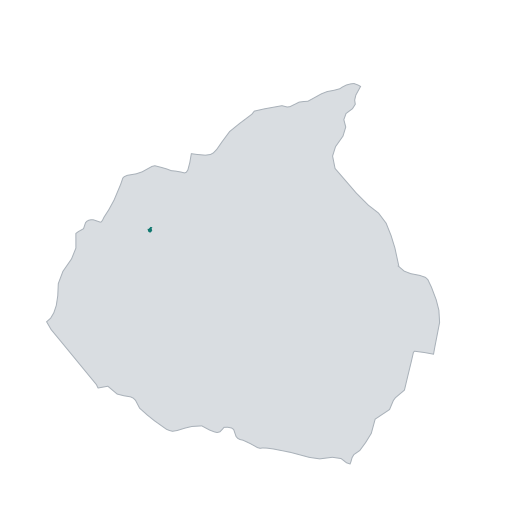 Gwanda Urban, Matabeleland South, Zimbabwe shown in context, rotated 101°
{"feature_id": "62879985B63510140227201", "entity_name": "Gwanda Urban", "entity_type": "district", "adm_level": 2, "iso_a3": "ZWE", "parent_name": "Zimbabwe", "parent_adm1": "Matabeleland South", "projection": "natural_earth1", "projection_center": [28.998, -20.935], "detail": "fine", "context": "in_parent", "style": "filled", "palette": "teal", "viewbox_px": 512, "rotation_deg": 101, "n_neighbors": 0, "source": "geoboundaries", "source_scale": "gbopen_adm2", "svg_char_len": 2643}
<svg xmlns="http://www.w3.org/2000/svg" viewBox="0 0 512 512"><g transform="rotate(101 256 256)"><path d="M360.5,449.0L356.2,445.7L350.2,443.6L342.7,442.6L332.9,443.0L320.8,444.8L307.9,442.6L294.0,436.5L282.6,434.3L268.8,437.0L268.2,437.1L265.9,435.0L262.1,430.5L255.9,429.7L254.2,428.7L252.8,427.0L251.9,424.9L251.5,422.5L252.5,415.2L252.0,414.4L250.3,413.5L246.9,412.6L238.6,409.3L228.2,406.0L211.4,402.5L204.9,401.6L203.3,400.5L201.4,397.8L198.2,389.3L195.1,383.8L187.9,375.2L186.7,372.5L187.1,365.7L187.6,360.2L188.4,355.5L188.0,351.1L187.9,345.7L188.1,342.0L187.1,340.4L184.5,339.3L177.0,338.8L167.9,339.0L167.6,333.5L166.7,324.9L165.0,320.0L162.9,317.5L158.7,314.8L150.3,311.1L138.8,305.6L128.9,297.3L117.6,287.1L114.1,285.3L109.9,275.7L103.5,259.2L103.8,253.8L102.9,251.1L96.7,243.0L95.3,238.8L94.2,234.6L84.3,222.7L81.0,217.5L78.4,210.9L75.8,205.6L73.7,203.5L70.9,199.9L68.9,195.7L68.0,192.7L68.7,188.5L69.6,185.7L79.0,188.7L84.1,188.9L88.1,187.5L93.0,189.4L98.9,194.8L105.4,195.8L112.3,192.5L121.7,193.5L133.5,198.8L143.3,199.9L155.0,195.1L165.3,182.0L175.1,169.6L184.7,155.4L190.5,143.9L199.0,134.5L210.2,127.3L221.6,121.2L239.1,113.7L239.1,113.8L242.6,107.6L243.8,100.9L243.8,91.5L244.7,85.5L246.5,82.7L249.4,80.6L253.2,77.8L264.7,70.7L274.4,66.1L286.2,63.1L299.1,63.1L311.5,63.1L318.5,63.0L318.6,72.0L319.2,82.2L320.5,83.1L329.9,83.4L344.9,84.1L359.3,84.7L368.5,92.1L371.6,93.6L381.2,95.6L393.4,107.9L408.1,109.0L418.2,112.8L427.1,117.0L432.2,122.0L435.5,123.2L440.0,123.6L442.2,124.0L441.7,127.7L438.6,133.8L439.0,142.6L443.0,154.8L443.5,165.4L442.2,184.1L442.1,202.2L442.5,208.7L443.2,213.0L444.0,215.3L443.8,218.0L441.3,225.6L439.3,233.6L439.2,236.8L438.5,239.1L437.0,241.1L430.6,244.8L429.5,247.1L429.5,251.2L430.3,254.7L432.6,256.0L435.5,257.9L436.7,260.5L436.6,263.3L435.7,268.4L433.1,276.8L435.6,286.5L438.4,292.7L442.3,300.0L444.0,304.5L443.8,307.7L443.2,310.8L437.2,324.1L432.9,332.3L427.6,341.2L420.7,346.7L418.9,349.4L418.2,352.4L418.4,359.0L418.0,366.0L412.1,376.6L415.7,385.8L414.8,386.6L412.8,388.0L404.3,398.3L395.7,408.7L389.4,416.3L382.2,425.0L374.2,434.7L367.3,443.1L360.5,449.0Z" fill="#d9dde1" stroke="#a8b0b8" stroke-width="1"/><path d="M250.5,363.9L250.5,364.0L250.4,364.0L250.2,364.0L250.2,364.5L250.3,364.6L250.3,364.8L250.2,364.8L250.0,364.7L249.9,364.7L248.3,364.2L248.3,364.7L249.5,365.4L249.9,365.5L250.2,365.6L250.2,365.8L250.3,365.8L250.5,365.8L250.5,366.0L250.8,366.4L250.8,366.5L251.6,366.1L252.1,365.8L252.4,365.1L252.4,364.9L252.4,364.5L252.3,364.4L252.2,364.4L251.6,364.2L250.9,364.0L251.0,363.8L250.8,363.8L250.7,363.7L250.5,363.9Z" fill="#14b8a6" stroke="#0f766e" stroke-width="1.5"/></g></svg>